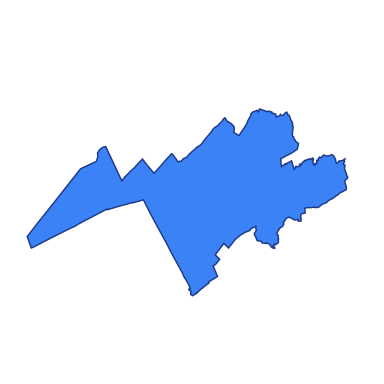 the district of Grebanu, Buzau, Romania, rotated 104°
{"feature_id": "2599482B43231848905676", "entity_name": "Grebanu", "entity_type": "district", "adm_level": 2, "iso_a3": "ROU", "parent_name": "Romania", "parent_adm1": "Buzau", "projection": "natural_earth1", "projection_center": [26.952, 45.364], "detail": "fine", "context": "isolated", "style": "filled", "palette": "blue", "viewbox_px": 384, "rotation_deg": 104, "n_neighbors": 0, "source": "geoboundaries", "source_scale": "gbopen_adm2", "svg_char_len": 5876}
<svg xmlns="http://www.w3.org/2000/svg" viewBox="0 0 384 384"><g transform="rotate(104 192 192)"><path d="M285.2,334.4L283.6,332.3L272.4,319.6L257.4,302.2L253.7,297.5L251.0,294.9L247.4,291.0L229.1,270.3L229.6,269.8L222.8,258.2L219.5,252.2L217.7,249.2L217.2,248.5L217.2,247.5L216.8,247.3L215.8,245.1L213.7,241.2L211.3,237.3L222.3,227.8L235.4,215.9L246.3,205.8L257.9,195.6L272.6,182.0L276.1,179.3L277.7,177.7L277.9,177.3L283.0,172.5L286.0,170.5L286.1,170.9L287.1,171.5L287.4,171.5L287.7,171.2L288.0,170.9L288.2,170.4L288.2,169.5L288.7,168.9L291.4,168.7L291.8,168.2L292.1,167.6L292.3,166.3L292.4,166.1L289.0,163.2L289.2,162.9L288.8,162.7L288.7,162.7L288.2,162.4L288.2,162.5L287.8,162.2L285.5,160.7L285.2,160.6L277.9,155.0L276.1,153.5L275.2,154.3L272.2,151.1L267.8,146.8L258.6,153.7L257.5,152.5L256.7,151.7L250.6,148.9L247.3,154.3L234.2,148.6L237.5,143.0L228.1,138.8L226.7,138.0L221.5,134.0L218.3,130.7L215.7,127.1L214.9,126.3L213.4,126.0L209.9,121.8L211.6,121.4L212.9,120.6L213.5,120.3L216.9,121.4L217.6,121.4L218.6,120.9L218.7,120.7L219.5,119.9L223.5,116.9L223.1,113.7L223.0,113.0L224.3,111.9L224.5,111.4L224.0,107.7L223.3,107.4L223.5,107.1L223.7,105.9L223.6,104.5L225.7,102.3L226.1,101.6L226.5,101.2L226.9,98.9L226.4,98.3L226.3,98.8L226.0,98.9L225.4,98.8L225.5,99.5L225.3,100.0L224.9,100.2L224.2,100.0L223.0,99.5L223.1,99.2L222.6,99.1L222.7,98.8L222.6,98.7L222.6,98.4L222.8,98.4L222.7,98.1L222.2,98.0L222.3,97.8L221.9,97.6L221.9,97.4L222.0,97.4L221.4,96.9L221.1,96.5L219.6,96.0L218.6,96.4L216.7,96.7L216.8,96.9L213.3,97.9L212.9,98.4L212.4,99.3L211.9,99.5L209.9,99.4L208.7,98.9L208.1,99.0L207.3,98.6L207.2,98.4L207.0,98.5L206.4,98.4L204.7,97.1L203.7,95.9L201.5,95.4L200.9,95.1L199.6,95.6L199.5,95.9L199.1,95.8L194.3,93.8L192.8,91.5L193.6,88.7L193.9,86.8L194.4,86.0L194.4,85.7L193.1,82.6L194.5,82.0L194.3,80.7L193.8,79.2L192.7,79.4L188.3,80.9L186.5,80.1L186.0,79.4L185.2,77.3L183.4,77.6L181.5,78.3L181.1,78.6L180.4,78.6L179.1,75.9L178.9,74.8L178.8,74.5L178.2,72.2L177.5,71.0L177.1,69.2L177.3,69.0L177.3,68.8L176.5,66.1L176.1,65.4L173.0,63.2L171.4,61.4L170.9,60.4L169.3,58.5L168.2,58.1L166.8,57.0L164.1,53.8L163.1,53.1L161.1,51.3L160.6,51.0L159.7,50.0L157.0,48.2L156.5,47.7L155.3,46.0L154.1,44.9L152.9,43.3L152.0,42.9L149.3,43.8L147.1,45.1L146.8,45.4L146.0,45.7L144.7,46.5L143.2,46.1L142.7,45.5L141.5,44.7L140.5,44.5L139.8,44.6L138.6,45.8L137.0,46.6L135.6,47.5L134.9,48.3L133.0,49.2L132.8,49.6L132.0,49.9L130.7,50.0L130.0,49.9L129.8,49.8L128.8,50.2L128.8,51.0L128.5,51.9L126.3,51.7L125.9,51.6L125.9,51.4L124.9,51.8L123.0,51.6L123.8,52.6L125.0,53.4L126.0,55.8L126.1,56.3L126.6,57.0L126.8,57.2L128.8,57.8L129.1,58.5L128.9,58.8L128.4,59.5L127.8,59.9L126.2,60.3L124.7,61.3L124.1,62.1L122.7,63.2L121.9,65.4L122.6,66.2L123.4,67.3L123.6,67.8L124.1,68.3L124.6,71.2L124.2,72.4L124.4,73.3L127.3,74.9L127.5,75.2L127.2,76.5L128.2,77.2L129.0,77.5L130.3,77.1L130.5,77.1L131.3,77.6L130.9,78.4L131.1,78.6L131.3,78.6L132.1,78.2L132.8,78.3L133.0,78.0L133.4,77.9L134.6,78.7L135.3,78.8L135.8,79.1L135.0,79.8L136.1,80.4L135.6,80.8L135.3,81.3L134.8,81.5L133.5,82.5L133.3,82.4L133.2,82.0L132.6,82.0L131.8,82.2L131.3,82.0L131.0,82.0L130.4,82.2L130.2,82.4L130.2,82.8L129.9,83.4L130.0,83.6L130.4,83.8L130.8,83.6L131.6,84.4L131.4,85.1L131.9,85.5L131.5,86.3L131.7,86.8L132.6,87.3L132.8,87.8L132.8,88.1L132.9,88.6L134.4,89.6L134.2,90.3L136.9,92.1L137.1,92.0L137.6,92.0L138.4,92.5L138.7,94.0L139.4,94.3L139.9,92.9L141.0,93.8L141.4,94.3L141.7,95.2L141.6,96.1L142.0,96.9L141.9,97.1L141.9,97.4L142.5,97.5L143.1,97.2L144.4,98.1L145.1,98.3L144.8,98.7L143.0,99.7L137.7,103.0L139.4,104.7L140.9,106.5L141.2,106.4L141.6,106.6L142.4,107.5L141.8,107.9L142.5,108.6L143.4,108.8L143.2,109.1L144.8,110.8L145.6,111.2L144.9,111.4L144.6,111.8L144.5,112.2L144.3,112.4L144.0,112.2L140.9,113.1L137.7,113.8L137.2,112.7L136.4,112.0L135.2,110.4L133.7,109.2L133.3,108.4L130.5,105.2L128.4,103.2L125.0,100.2L121.1,100.3L119.2,100.4L118.0,103.2L117.2,104.1L116.7,104.4L116.2,105.2L115.3,106.2L114.8,106.4L114.1,106.5L113.9,107.2L113.6,107.7L112.9,108.3L107.7,109.3L104.9,109.4L104.1,110.0L103.5,110.8L103.0,110.8L102.7,110.4L99.6,111.9L98.0,113.8L96.5,114.5L94.7,115.9L94.1,116.5L94.1,117.4L94.0,117.6L92.8,118.2L91.6,119.4L92.5,120.5L93.1,120.9L93.8,121.1L95.6,122.5L95.9,123.0L96.0,124.0L96.0,124.6L95.5,125.0L96.9,125.5L97.4,126.4L97.7,126.5L97.7,126.9L98.3,127.8L98.9,128.2L98.0,128.8L96.5,129.4L96.1,129.9L96.4,131.2L95.9,131.8L96.4,133.2L95.9,133.7L95.2,133.7L95.1,134.3L95.0,135.2L95.2,135.3L95.2,135.9L95.0,136.1L94.9,136.9L95.6,137.9L95.8,139.6L95.5,141.6L95.1,146.6L97.4,146.8L98.1,146.7L98.1,147.1L97.9,147.5L97.8,147.9L97.2,148.3L97.1,149.0L97.9,149.7L98.6,150.6L99.2,151.9L101.7,153.7L104.0,153.6L104.5,153.9L105.2,153.7L107.3,154.6L109.7,155.1L111.6,155.2L112.7,155.5L115.6,156.3L125.8,160.1L124.2,166.0L122.9,165.9L121.4,166.0L118.5,167.0L118.2,167.2L116.5,170.0L116.0,171.0L115.6,172.0L115.1,174.3L114.9,174.9L112.1,177.9L112.2,178.4L113.3,178.9L113.3,179.0L116.3,180.1L117.3,180.7L117.9,181.0L118.9,181.8L121.7,183.3L124.1,185.7L125.3,186.4L126.1,186.9L126.7,187.0L128.7,187.8L132.9,189.7L135.9,191.3L142.3,194.0L143.7,194.8L145.2,195.9L146.8,197.4L146.7,197.6L148.1,198.7L150.1,199.7L153.5,202.3L156.2,203.8L156.3,204.0L157.5,204.6L158.2,204.8L158.9,205.2L159.8,205.9L161.5,208.3L162.1,208.5L163.2,209.2L164.9,209.8L165.1,211.0L165.1,211.7L166.1,212.6L165.9,213.3L165.0,214.5L164.5,214.7L164.0,215.2L162.6,217.1L159.7,220.6L159.7,220.8L159.8,221.1L162.8,222.6L164.9,223.9L176.4,229.8L183.0,233.4L175.9,243.2L172.0,248.1L178.4,251.7L182.3,253.7L188.1,257.6L189.0,257.9L191.8,259.7L192.9,260.2L193.5,260.8L196.8,262.2L197.9,262.5L198.2,262.8L168.8,286.7L169.7,288.5L170.7,289.8L171.7,290.7L173.6,292.0L175.8,292.6L176.7,293.1L176.9,293.1L177.1,292.9L178.1,292.7L180.5,292.0L184.8,292.1L185.7,292.5L196.4,305.7L235.3,323.2L260.9,334.9L275.1,341.1L285.2,334.4Z" fill="#3b82f6" stroke="#1e3a8a" stroke-width="1.5"/></g></svg>